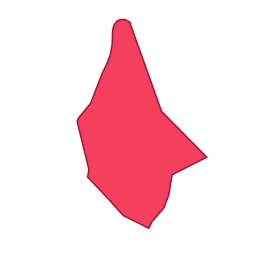 the border of City, rotated 236°
{"feature_id": "GBR-4809", "entity_name": "City", "entity_type": "City Corporation", "adm_level": 1, "iso_a3": "GBR", "parent_name": "United Kingdom", "parent_adm1": "", "projection": "robinson", "projection_center": [-0.079, 51.517], "detail": "fine", "context": "isolated", "style": "filled", "palette": "rose", "viewbox_px": 256, "rotation_deg": 236, "n_neighbors": 0, "source": "natural_earth", "source_scale": "10m", "svg_char_len": 503}
<svg xmlns="http://www.w3.org/2000/svg" viewBox="0 0 256 256"><g transform="rotate(236 128 128)"><path d="M187.7,137.1L192.7,145.8L198.8,154.6L206.4,161.8L217.0,169.4L220.2,172.7L221.7,175.1L222.8,178.7L222.5,181.3L221.2,184.0L219.4,186.3L216.4,187.9L213.9,188.9L212.2,187.9L123.0,165.1L59.8,177.0L64.6,138.4L49.4,124.0L41.7,113.0L36.8,95.1L33.2,89.2L58.0,75.1L81.5,71.8L109.9,67.1L115.5,72.4L161.9,89.5L164.0,92.8L169.5,111.0L187.7,137.1Z" fill="#f43f5e" stroke="#9f1239" stroke-width="1.5"/></g></svg>